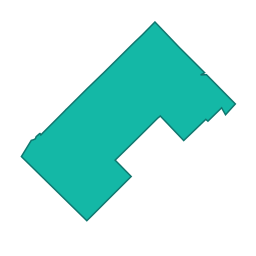 outline of Bennington, Vermont, United States of America, rotated 43°
{"feature_id": "52423323B50806890780295", "entity_name": "Bennington", "entity_type": "district", "adm_level": 2, "iso_a3": "USA", "parent_name": "United States of America", "parent_adm1": "Vermont", "projection": "natural_earth1", "projection_center": [-73.109, 43.027], "detail": "fine", "context": "isolated", "style": "filled", "palette": "teal", "viewbox_px": 256, "rotation_deg": 43, "n_neighbors": 0, "source": "geoboundaries", "source_scale": "gbopen_adm2", "svg_char_len": 703}
<svg xmlns="http://www.w3.org/2000/svg" viewBox="0 0 256 256"><g transform="rotate(43 128 128)"><path d="M136.6,223.3L161.1,223.9L161.5,214.4L162.2,193.7L163.4,161.3L140.5,160.3L141.9,129.3L143.0,100.5L143.4,97.9L143.4,97.2L177.3,99.2L178.3,81.5L179.0,68.6L181.8,68.5L182.7,49.4L190.3,51.8L190.1,37.2L177.5,36.7L149.0,35.5L144.9,39.7L146.3,35.3L110.2,34.1L75.4,32.1L74.9,50.5L74.3,60.1L74.3,60.3L74.1,64.7L72.5,104.9L72.3,107.9L71.4,125.0L71.3,126.7L70.2,155.7L70.1,156.1L70.1,156.8L70.1,158.8L69.7,171.2L69.0,191.1L69.0,192.5L67.5,192.0L67.2,192.3L66.7,196.9L67.6,199.0L66.9,201.0L65.7,203.0L69.5,221.6L72.6,221.7L105.0,222.5L136.6,223.3Z" fill="#14b8a6" stroke="#0f766e" stroke-width="1.5"/></g></svg>